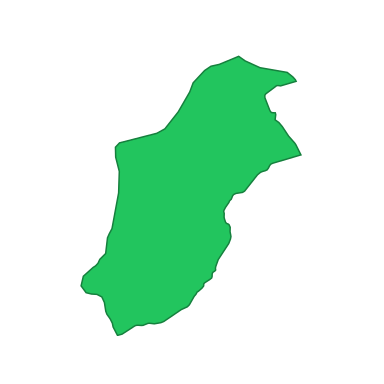 the border of Golestan, rotated 158°
{"feature_id": "IRN-3213", "entity_name": "Golestan", "entity_type": "Province", "adm_level": 1, "iso_a3": "IRN", "parent_name": "Iran", "parent_adm1": "", "projection": "albers", "projection_center": [55.004, 37.298], "detail": "fine", "context": "isolated", "style": "filled", "palette": "green", "viewbox_px": 384, "rotation_deg": 158, "n_neighbors": 0, "source": "natural_earth", "source_scale": "10m", "svg_char_len": 1659}
<svg xmlns="http://www.w3.org/2000/svg" viewBox="0 0 384 384"><g transform="rotate(158 192 192)"><path d="M266.7,82.5L269.8,82.5L276.3,83.9L280.5,86.2L282.0,86.7L287.4,86.7L289.1,87.3L292.0,88.7L293.5,89.2L295.1,89.3L310.1,86.4L314.3,86.9L314.8,87.1L315.7,96.4L315.0,100.2L315.4,105.0L316.7,110.6L316.6,113.8L314.6,122.4L314.9,128.5L318.5,132.7L323.5,135.1L327.9,138.3L330.0,146.5L324.3,154.6L311.9,159.1L309.1,159.6L305.9,161.1L302.7,164.1L295.1,167.3L287.5,181.2L284.3,184.3L279.9,188.0L260.4,218.6L251.7,238.3L249.7,252.9L246.2,262.2L240.8,264.7L202.6,259.6L193.5,260.7L174.8,271.4L156.6,285.6L150.0,292.8L134.8,299.9L127.3,301.5L118.9,300.1L97.9,300.3L93.6,293.6L82.4,281.8L58.9,267.2L55.3,260.7L54.1,257.3L54.0,255.6L70.1,257.2L71.8,258.2L73.6,258.9L87.0,255.3L88.3,254.3L89.1,252.1L89.3,238.3L88.7,236.0L87.1,235.1L85.1,234.2L85.4,232.3L87.9,227.8L85.4,223.8L83.8,218.9L81.5,207.6L78.4,198.8L78.0,196.9L77.1,185.6L106.0,188.4L108.1,188.4L110.0,187.5L112.0,185.7L114.0,184.4L116.3,184.3L118.7,184.6L121.1,184.6L124.9,183.4L142.9,173.1L145.3,172.7L151.7,174.2L154.1,174.1L155.6,173.4L158.3,170.6L160.4,169.8L161.7,168.5L166.7,165.2L169.4,162.9L169.9,162.0L170.2,160.0L171.7,156.6L172.0,154.7L172.2,151.5L172.0,150.6L171.5,149.7L170.3,148.6L169.9,147.8L169.8,145.0L171.6,140.9L172.1,138.2L172.6,136.1L174.0,133.9L177.2,130.5L193.0,119.5L197.9,114.0L198.8,112.6L199.3,110.8L200.6,110.1L202.1,109.9L203.2,109.4L204.0,108.4L205.1,106.0L206.0,104.9L208.0,104.3L214.1,103.1L215.4,102.6L216.4,100.5L218.6,99.2L223.4,97.5L224.6,97.4L226.8,95.6L229.0,94.5L236.7,88.4L239.3,87.3L246.0,87.0L266.7,82.5Z" fill="#22c55e" stroke="#15803d" stroke-width="1.5"/></g></svg>